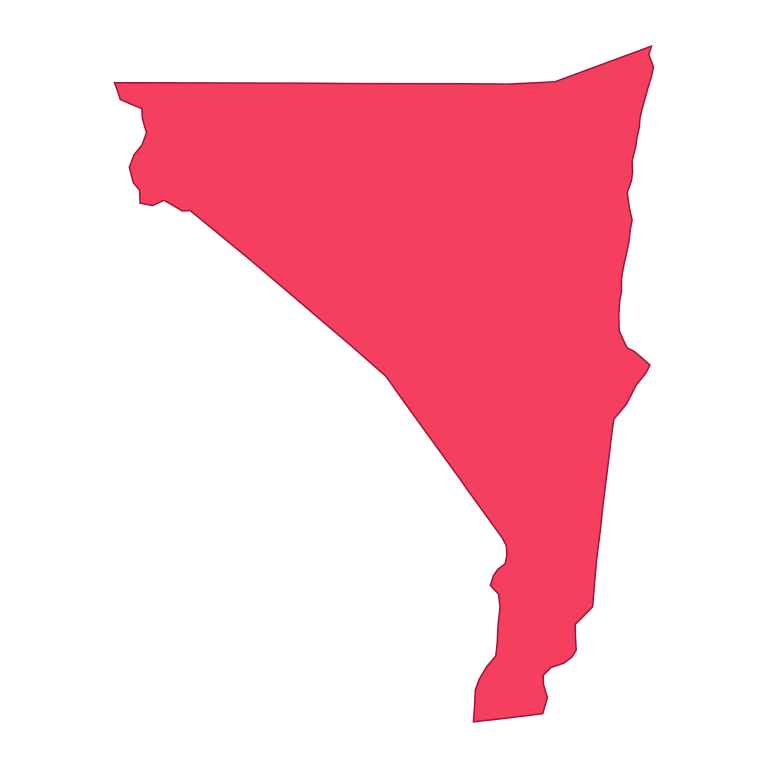 outline of Coaraci, Bahia, Brazil
{"feature_id": "56859067B91846092860839", "entity_name": "Coaraci", "entity_type": "district", "adm_level": 2, "iso_a3": "BRA", "parent_name": "Brazil", "parent_adm1": "Bahia", "projection": "natural_earth1", "projection_center": [-39.579, -14.666], "detail": "fine", "context": "isolated", "style": "filled", "palette": "rose", "viewbox_px": 768, "rotation_deg": 0, "n_neighbors": 0, "source": "geoboundaries", "source_scale": "gbopen_adm2", "svg_char_len": 1376}
<svg xmlns="http://www.w3.org/2000/svg" viewBox="0 0 768 768"><path d="M473.4,721.9L508.5,717.9L542.8,713.6L547.4,697.5L543.5,684.4L543.2,675.3L551.2,667.4L563.9,663.1L572.0,657.0L576.2,650.1L575.5,637.1L575.2,624.4L582.9,616.7L592.6,606.8L596.4,561.6L600.6,528.1L602.8,506.8L609.4,453.7L610.7,442.2L613.8,419.2L621.0,410.7L626.4,404.2L630.3,396.7L636.0,385.4L645.8,373.1L650.0,365.0L641.9,357.9L634.2,351.4L627.2,347.9L623.4,340.2L619.2,330.7L618.8,314.1L619.8,300.4L621.5,291.1L621.5,278.7L623.7,265.7L626.4,253.9L628.8,243.0L630.3,229.5L632.1,220.0L629.4,208.0L627.2,192.5L631.4,180.9L632.6,172.1L632.1,161.0L635.8,146.4L637.0,137.4L639.2,127.9L640.0,118.4L642.2,108.4L645.4,97.3L648.5,86.0L651.5,76.4L653.5,66.8L648.8,54.7L651.5,46.1L554.8,81.8L508.5,84.1L457.9,83.7L419.0,83.7L363.3,83.6L308.9,83.2L199.2,82.9L114.5,82.7L117.7,91.3L120.2,99.4L131.2,104.3L141.9,108.6L142.3,118.4L146.5,132.8L141.9,145.2L134.2,154.5L129.3,167.2L133.3,182.7L139.6,190.2L140.1,203.2L152.7,205.5L164.0,200.3L175.5,206.9L182.3,211.0L190.1,210.5L250.3,259.9L352.0,346.5L386.0,376.4L404.0,401.8L428.6,435.9L459.9,478.9L466.8,488.9L502.4,538.2L506.3,545.7L506.9,555.2L505.1,563.9L498.0,569.1L493.5,575.5L490.3,585.5L498.5,594.0L500.0,607.2L498.0,625.6L497.3,641.5L495.8,655.9L486.6,666.8L479.2,679.3L475.3,690.2L474.6,705.6L473.4,721.9Z" fill="#f43f5e" stroke="#9f1239" stroke-width="1.5"/></svg>